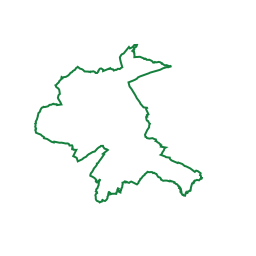 the district of Tataru, Prahova, Romania, rotated 204°
{"feature_id": "2599482B58674664864206", "entity_name": "Tataru", "entity_type": "district", "adm_level": 2, "iso_a3": "ROU", "parent_name": "Romania", "parent_adm1": "Prahova", "projection": "orthographic", "projection_center": [26.318, 45.099], "detail": "fine", "context": "isolated", "style": "outline", "palette": "green", "viewbox_px": 256, "rotation_deg": 204, "n_neighbors": 0, "source": "geoboundaries", "source_scale": "gbopen_adm2", "svg_char_len": 5774}
<svg xmlns="http://www.w3.org/2000/svg" viewBox="0 0 256 256"><g transform="rotate(204 128 128)"><path d="M160.1,202.4L162.3,194.2L163.4,193.1L163.9,192.0L164.2,189.3L163.0,187.4L161.1,184.9L157.9,181.2L158.9,179.9L159.5,178.5L161.3,178.0L162.2,176.4L162.9,176.2L164.4,174.7L165.6,175.5L166.7,175.1L167.9,175.2L168.9,174.5L169.0,175.0L173.9,169.9L174.4,171.1L176.6,171.5L177.5,171.0L177.9,170.5L178.1,169.2L178.4,168.4L178.0,167.3L178.4,166.7L178.5,165.8L179.2,165.4L180.0,165.1L181.0,165.7L182.7,165.7L184.0,164.8L185.2,164.3L185.2,164.0L185.6,164.1L186.3,163.4L186.9,163.5L190.7,162.0L192.7,162.8L194.2,163.0L196.0,162.7L198.7,163.4L198.8,162.8L199.4,162.4L199.9,161.3L200.0,159.8L201.5,157.7L202.0,156.0L202.9,155.1L203.4,153.0L204.3,151.1L205.6,149.4L207.5,148.2L208.0,147.7L208.0,147.3L208.3,147.5L209.4,147.6L209.2,146.5L208.8,146.0L208.9,145.4L209.4,143.8L209.8,143.2L209.8,141.4L210.6,139.8L211.1,138.0L211.6,137.5L210.1,136.2L207.9,135.8L206.6,135.1L206.1,134.5L204.1,131.4L204.7,130.1L204.8,129.6L204.3,127.0L203.3,126.1L200.2,124.0L198.4,122.4L202.1,120.1L202.4,120.5L202.9,120.3L203.1,120.6L205.2,119.6L205.7,119.9L206.2,119.7L207.5,118.1L209.1,117.2L209.9,115.3L212.5,113.3L213.8,113.0L213.9,112.5L214.9,111.6L215.2,110.6L215.3,109.2L215.3,108.4L215.1,107.8L215.3,107.3L215.2,106.5L215.9,105.1L215.4,103.3L215.5,102.8L215.2,102.3L214.7,98.8L214.9,96.4L214.1,95.1L214.5,94.3L214.0,94.0L213.9,93.4L213.4,92.5L213.3,91.4L211.7,90.1L211.6,89.5L212.0,89.3L211.8,88.3L211.3,88.0L210.4,86.6L210.2,86.3L208.2,86.3L205.0,86.5L203.2,85.8L201.2,85.6L200.7,85.1L200.6,84.5L197.5,85.1L192.1,84.3L189.8,84.6L189.9,85.5L184.5,86.7L182.7,87.6L178.6,88.5L176.7,89.4L175.3,89.2L174.3,88.2L172.1,89.4L171.2,88.7L170.9,87.8L170.3,87.2L170.3,86.9L170.7,86.6L170.4,85.9L169.6,86.1L168.7,86.0L168.2,86.4L167.1,86.6L166.3,87.0L166.6,80.0L162.8,79.9L160.3,77.1L157.0,80.9L156.4,82.5L154.5,84.8L154.0,86.6L153.0,88.4L152.4,89.0L150.5,91.7L148.8,93.0L147.6,96.8L146.7,98.5L145.7,99.8L145.5,100.6L143.6,101.5L143.1,100.8L141.1,99.6L138.6,99.9L137.5,99.7L140.4,94.2L139.1,94.2L140.1,88.9L140.6,86.9L141.2,83.6L142.0,82.9L141.5,81.9L141.9,79.6L142.8,76.9L142.6,76.5L142.9,73.5L143.5,71.5L143.3,69.6L143.0,69.0L140.6,69.0L138.3,68.7L136.3,67.9L135.7,67.4L135.9,66.7L135.7,66.1L134.5,65.6L134.1,65.7L132.6,69.9L132.4,68.6L132.6,67.6L132.6,66.8L131.5,63.4L131.7,62.7L131.4,60.4L131.9,59.8L132.0,58.8L131.4,57.4L131.5,57.0L130.2,56.8L130.2,56.4L129.8,56.0L130.3,55.4L130.5,53.4L129.5,52.1L128.6,50.1L127.6,49.2L126.7,48.8L124.6,48.9L123.6,48.5L122.8,49.6L122.0,50.1L121.9,50.7L122.2,51.6L122.1,51.9L120.4,51.7L119.2,52.1L118.4,54.0L118.2,55.3L118.3,56.0L118.8,56.6L118.6,58.9L119.1,59.3L119.5,61.6L119.3,61.8L117.6,61.4L117.1,60.3L115.5,61.6L112.8,62.8L112.0,62.9L111.9,63.2L112.3,63.5L112.4,64.6L111.9,65.4L111.8,65.9L112.3,66.8L112.6,66.9L112.6,68.8L111.7,68.7L111.9,67.2L111.6,66.8L111.2,66.9L110.7,66.6L110.6,67.1L110.3,67.1L110.2,67.1L110.3,66.2L110.1,66.0L108.7,66.0L109.2,67.6L109.0,68.2L109.4,69.0L109.4,69.5L109.2,69.8L109.4,70.7L109.2,71.7L109.9,73.5L109.9,74.3L110.8,75.8L109.9,76.5L109.3,77.9L107.7,78.2L107.7,77.5L106.7,78.1L104.7,78.3L103.9,79.8L103.1,80.4L96.9,80.1L96.1,82.1L96.4,83.5L95.9,84.8L96.0,86.7L95.4,87.1L94.8,89.9L93.7,92.0L93.9,92.5L92.6,95.0L92.4,95.9L90.7,96.2L88.9,97.2L87.7,97.5L86.8,97.0L85.9,97.7L84.2,97.4L83.4,97.6L80.8,95.7L80.0,95.5L79.0,95.8L78.1,95.5L77.5,95.2L76.9,94.3L74.4,94.1L72.9,95.0L71.0,95.8L68.6,96.1L68.2,96.2L68.0,96.8L67.6,96.8L67.7,97.0L63.6,97.4L63.4,96.8L63.0,97.0L61.7,96.4L60.6,96.6L58.6,95.8L58.3,95.3L57.3,95.4L57.0,95.0L56.9,93.9L56.6,93.9L56.1,94.7L55.9,94.6L55.0,93.9L55.1,93.6L54.7,93.5L54.4,93.1L54.9,92.8L54.2,92.2L54.5,91.8L54.2,91.1L53.9,91.2L53.7,91.9L53.1,91.3L53.1,90.4L52.4,90.2L51.9,89.6L51.0,89.1L50.4,89.5L49.7,89.0L48.3,89.4L48.7,91.3L48.4,91.8L48.8,92.3L48.7,93.1L47.9,92.6L47.4,92.7L47.2,92.9L47.3,94.5L46.6,94.9L46.3,95.8L45.7,95.8L45.4,96.2L46.3,99.3L46.9,103.4L46.5,103.7L46.3,104.6L46.0,103.9L45.6,104.2L45.6,107.1L45.0,107.4L44.0,108.6L41.8,109.1L41.1,111.2L40.2,111.5L40.1,111.8L40.2,112.4L40.8,112.2L40.9,112.5L41.2,112.5L41.7,113.6L42.4,114.2L43.0,114.2L43.2,116.2L46.8,117.0L48.4,116.8L49.1,115.1L54.6,116.4L59.2,116.6L60.8,116.3L63.7,117.2L68.1,116.9L68.3,116.2L75.0,116.1L76.7,116.6L77.5,117.2L77.8,117.9L81.5,116.8L82.6,117.1L87.2,116.8L86.7,117.7L86.6,118.6L86.7,119.5L86.2,122.1L86.4,124.4L85.6,125.5L90.4,124.3L90.4,125.0L90.5,125.7L91.4,125.6L91.6,126.3L92.7,126.4L93.7,126.9L95.1,126.9L96.5,127.4L97.3,127.3L97.1,128.0L98.0,128.9L98.9,128.6L101.5,128.7L104.2,127.0L106.6,126.5L107.7,127.2L108.4,127.0L109.7,128.7L109.6,133.9L109.0,137.2L109.8,139.3L109.7,140.8L110.8,141.1L112.5,142.5L113.7,142.5L114.4,143.1L115.9,145.3L115.0,146.1L115.9,147.0L116.1,147.5L115.8,148.0L115.0,148.4L114.8,148.8L118.9,152.3L119.5,153.3L118.7,154.1L118.8,154.2L122.2,153.2L126.6,155.3L127.6,156.3L132.2,158.9L134.6,160.9L140.9,165.2L143.4,166.5L146.1,169.9L142.8,173.2L141.0,175.2L139.8,176.9L139.6,178.1L138.1,179.9L131.1,186.6L130.3,187.6L123.2,193.5L122.0,194.6L120.4,196.7L117.9,198.9L117.0,199.5L116.0,199.8L114.3,201.4L113.3,201.6L114.6,201.9L115.2,201.3L118.4,201.1L120.0,200.1L121.6,200.5L122.9,200.4L122.9,200.8L123.6,201.1L124.4,200.9L125.0,201.2L126.8,200.9L128.4,199.7L129.8,199.2L130.3,199.3L130.5,199.0L130.4,198.6L130.6,198.4L131.6,198.0L132.7,198.7L134.0,199.0L136.5,199.0L136.9,198.6L138.8,197.9L139.7,198.4L140.6,198.4L140.8,198.3L140.7,198.0L141.3,197.6L142.2,198.0L146.1,197.9L151.0,195.3L151.7,197.2L152.5,198.3L152.5,198.8L154.6,200.2L154.7,200.9L154.9,201.0L155.2,200.2L155.4,200.2L155.0,201.3L154.3,201.2L154.6,201.6L154.3,202.4L154.9,203.0L154.5,204.3L153.9,204.9L153.5,206.1L153.6,207.5L156.0,206.4L156.7,203.8L158.6,201.5L160.1,202.4Z" fill="none" stroke="#15803d" stroke-width="2"/></g></svg>